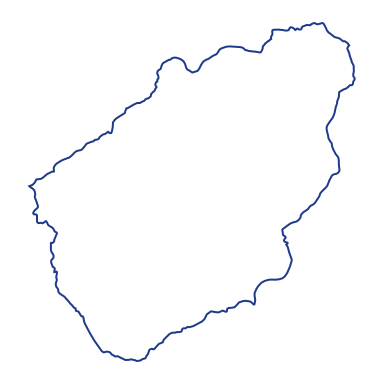 Quelicai, Baucau, East Timor (Albers equal-area conic projection)
{"feature_id": "22284137B85640858688348", "entity_name": "Quelicai", "entity_type": "district", "adm_level": 2, "iso_a3": "TLS", "parent_name": "East Timor", "parent_adm1": "Baucau", "projection": "albers", "projection_center": [126.562, -8.598], "detail": "fine", "context": "isolated", "style": "outline", "palette": "blue", "viewbox_px": 384, "rotation_deg": 0, "n_neighbors": 0, "source": "geoboundaries", "source_scale": "gbopen_adm2", "svg_char_len": 5831}
<svg xmlns="http://www.w3.org/2000/svg" viewBox="0 0 384 384"><path d="M349.2,45.3L347.4,43.0L345.9,41.9L344.6,41.2L343.2,41.3L339.4,38.4L334.5,37.0L328.2,32.1L327.5,31.0L327.0,30.6L326.6,29.9L326.5,29.2L324.9,25.9L323.5,23.6L322.6,23.1L321.2,23.2L320.5,23.6L317.5,24.3L316.8,24.2L315.9,23.6L314.1,23.0L311.9,23.9L311.0,24.4L310.4,25.2L306.7,25.0L302.5,26.6L301.9,27.3L301.4,28.9L300.9,29.4L299.1,29.6L297.9,28.7L297.0,28.7L296.4,29.1L295.9,29.7L295.2,30.0L294.5,29.0L292.8,27.8L291.5,27.4L290.6,27.3L289.7,28.0L289.0,29.5L288.4,30.2L286.6,30.6L285.8,30.6L282.6,30.0L278.1,29.6L273.2,29.8L272.5,30.3L272.2,31.4L272.4,33.1L272.3,34.6L271.1,36.7L271.0,37.5L271.2,39.0L269.7,39.9L269.4,40.6L267.8,41.3L267.2,42.0L265.3,43.4L264.0,45.2L263.3,45.8L262.8,46.8L262.6,48.7L262.3,49.5L261.4,51.5L260.6,52.3L260.0,52.5L256.3,51.8L250.4,51.2L248.1,50.8L246.7,50.2L245.3,50.1L243.9,48.6L242.2,47.5L240.1,47.1L229.7,46.4L226.3,46.7L221.9,48.2L220.2,49.1L219.3,49.9L218.0,52.2L216.6,54.1L212.7,56.0L207.7,59.3L206.3,59.6L203.2,61.7L201.2,64.7L199.5,68.2L198.1,70.2L197.4,71.0L192.3,72.5L188.9,70.3L187.7,69.8L187.0,69.1L186.1,67.4L185.1,64.1L184.3,62.6L183.5,61.3L181.9,60.0L180.3,59.0L175.9,57.6L173.6,57.7L171.7,58.4L171.0,59.2L169.7,59.9L168.9,59.8L163.2,63.0L162.5,63.8L161.7,65.4L160.8,68.5L160.3,69.2L158.7,70.1L157.6,71.2L157.2,73.1L157.3,73.8L158.3,76.1L158.5,77.0L158.4,78.6L157.6,79.2L157.3,79.9L157.3,81.6L156.5,81.9L156.0,82.5L155.3,84.2L155.6,85.6L156.3,86.4L156.5,87.2L155.3,88.9L154.6,90.6L154.1,91.3L153.0,92.0L151.1,94.1L150.8,96.1L150.4,96.7L148.4,98.3L147.1,98.5L145.3,99.4L144.8,100.3L143.7,101.1L142.5,101.5L139.9,103.0L137.1,103.0L133.3,104.8L127.4,108.3L126.5,108.2L125.5,110.5L124.9,112.9L124.2,113.5L119.7,116.2L116.4,118.4L114.8,119.8L113.0,122.4L112.7,127.4L112.0,130.9L111.3,133.0L110.1,133.1L109.3,132.9L108.1,131.8L105.0,134.0L103.0,134.5L100.4,136.4L99.5,137.3L98.8,138.7L98.1,139.2L96.9,139.6L94.9,139.9L93.8,141.0L93.0,141.4L90.9,142.0L86.6,143.7L85.0,145.8L84.6,146.5L84.0,147.0L83.2,148.1L81.6,149.7L80.1,150.3L79.1,150.4L76.3,151.2L74.0,153.1L72.7,154.6L69.6,157.4L63.6,159.6L61.4,160.6L56.8,163.5L55.3,164.9L54.2,166.6L53.7,167.9L54.0,171.4L51.9,171.8L47.5,173.9L46.0,175.0L43.0,177.6L41.1,178.8L36.3,179.5L34.8,182.5L33.6,183.8L32.5,184.9L29.3,186.1L30.0,186.9L32.4,188.4L34.1,190.0L34.9,192.0L35.3,194.6L34.8,196.2L34.8,197.1L35.0,197.9L36.0,200.2L38.0,206.2L37.8,207.5L34.5,210.6L33.6,212.0L33.2,213.0L33.7,214.2L34.9,214.4L36.0,214.4L37.0,215.4L37.0,221.5L37.4,222.3L38.3,223.1L41.4,222.8L42.4,223.3L43.6,222.8L45.4,221.3L46.1,221.2L47.2,222.8L48.0,224.8L49.9,226.3L51.9,227.3L53.4,228.8L54.7,231.5L56.3,232.3L56.8,232.8L56.9,233.5L54.4,239.4L54.2,241.0L53.4,242.4L52.3,242.9L51.5,242.8L50.9,243.0L50.9,250.1L51.8,252.5L53.1,254.3L53.6,255.9L53.4,257.8L52.8,258.7L51.9,259.4L51.2,260.6L51.1,261.3L51.3,263.1L52.3,265.4L52.6,266.8L54.1,267.5L54.8,268.6L54.3,271.3L54.3,272.1L55.2,272.0L56.0,271.6L56.8,271.8L57.0,272.7L56.2,277.2L56.9,279.9L55.8,283.5L55.8,284.5L56.2,286.6L57.7,288.6L58.2,289.7L58.2,290.7L58.6,292.1L59.9,293.7L64.3,296.6L68.9,301.7L70.1,303.4L72.1,305.3L73.5,307.1L74.4,308.0L75.5,308.3L75.7,309.0L75.9,310.7L77.0,311.2L78.0,311.4L78.6,311.8L80.8,315.5L81.7,316.3L82.4,316.3L83.0,316.7L83.6,318.3L84.0,321.2L84.9,323.7L90.2,333.7L94.4,340.7L101.8,351.2L103.5,352.3L104.2,352.3L106.8,351.6L107.8,351.7L109.5,352.2L110.3,352.6L111.7,354.5L113.1,355.1L113.6,355.5L115.0,356.4L115.9,356.5L116.8,356.2L117.8,356.3L125.4,360.0L129.4,359.8L131.0,359.3L135.1,360.2L136.0,360.7L137.1,361.0L139.6,360.6L140.9,360.3L142.0,359.3L145.4,358.3L146.3,356.2L148.0,354.0L149.2,350.3L149.6,349.7L151.1,348.9L152.1,348.8L153.1,349.3L154.2,349.1L158.2,344.6L158.9,343.9L162.8,342.3L163.5,340.2L164.0,339.4L169.5,334.0L171.5,333.0L172.6,332.7L175.6,332.6L176.6,332.1L178.7,332.1L181.1,331.7L181.8,330.7L182.0,329.7L182.5,328.9L183.3,328.3L185.4,328.3L186.2,327.9L186.9,327.2L187.6,326.9L188.8,327.2L190.4,326.9L193.3,326.1L202.0,321.5L204.2,319.4L204.9,318.3L206.9,314.2L209.2,312.7L210.5,311.6L211.8,311.4L214.1,311.9L217.7,312.4L219.6,312.0L222.6,310.6L225.9,311.8L226.7,311.5L227.0,310.7L227.0,309.8L227.4,308.7L228.8,307.9L230.9,307.9L234.3,307.3L234.9,306.9L237.1,304.7L238.0,303.5L239.3,302.2L240.2,302.1L242.8,301.1L245.6,300.8L249.6,301.4L250.5,301.7L251.5,302.4L253.7,304.5L254.4,304.4L255.2,300.7L255.2,299.8L254.6,296.0L254.6,293.1L256.4,289.0L257.9,286.6L260.1,284.0L261.6,282.6L265.0,280.8L269.1,279.7L271.6,279.6L275.7,279.7L279.5,279.2L282.6,278.2L284.6,276.6L286.4,274.2L287.3,272.7L288.7,269.5L290.0,266.4L291.3,262.1L291.7,260.7L291.7,259.4L289.1,252.2L287.8,247.1L286.3,244.7L287.6,243.5L287.4,242.6L285.5,242.2L284.2,241.2L284.0,240.6L284.4,239.3L285.6,237.8L285.6,237.1L284.9,236.3L283.1,235.0L282.3,229.9L282.7,229.1L289.9,223.8L292.5,222.6L296.2,221.6L297.3,221.0L299.2,219.5L300.6,217.2L300.8,215.4L301.1,214.7L302.3,213.3L303.5,212.1L305.3,211.0L308.1,209.0L309.7,206.7L310.9,205.6L313.1,204.5L314.8,203.1L319.3,196.3L320.2,193.6L320.7,192.8L322.0,191.3L325.6,187.8L327.2,185.9L328.9,181.7L329.2,180.7L331.5,176.4L332.5,175.0L333.9,174.4L336.6,173.7L337.8,173.0L338.6,172.2L339.2,171.1L339.5,170.1L338.9,164.8L338.8,160.2L338.4,158.1L338.1,157.1L335.7,154.1L333.2,149.4L331.9,145.6L331.8,143.8L331.5,143.0L329.8,140.7L328.5,138.3L327.9,134.6L327.3,132.9L327.1,131.2L326.6,129.7L326.6,128.2L326.9,126.2L327.4,125.3L330.3,120.9L332.3,118.3L333.7,115.5L334.7,112.4L335.6,107.8L337.1,103.2L337.2,101.3L338.7,97.5L339.0,95.7L339.1,92.4L339.4,91.9L343.5,89.5L346.2,88.5L348.2,87.0L349.0,86.0L350.0,85.2L351.7,85.2L352.6,84.6L353.0,83.3L353.3,81.5L354.4,79.8L354.7,78.8L354.5,77.9L353.4,76.3L353.2,75.1L353.4,73.3L353.8,71.7L353.7,66.1L353.3,64.9L351.8,62.1L351.3,59.9L349.9,56.3L349.1,52.8L347.3,48.7L347.5,47.8L348.1,46.6L349.2,45.3Z" fill="none" stroke="#1e3a8a" stroke-width="2"/></svg>